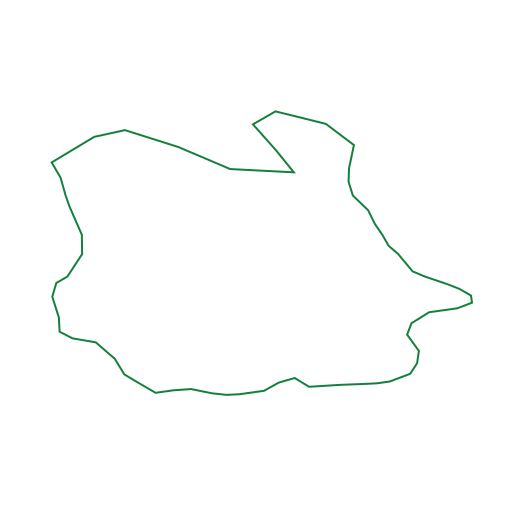 Agios Ermolaos, Cyprus, rotated 172°
{"feature_id": "46923920B200198305742", "entity_name": "Agios Ermolaos", "entity_type": "district", "adm_level": 2, "iso_a3": "CYP", "parent_name": "Cyprus", "parent_adm1": "", "projection": "albers", "projection_center": [33.172, 35.267], "detail": "fine", "context": "isolated", "style": "outline", "palette": "green", "viewbox_px": 512, "rotation_deg": 172, "n_neighbors": 0, "source": "geoboundaries", "source_scale": "gbopen_adm2", "svg_char_len": 926}
<svg xmlns="http://www.w3.org/2000/svg" viewBox="0 0 512 512"><g transform="rotate(172 256 256)"><path d="M399.6,396.5L445.3,377.1L438.6,360.7L436.2,342.9L433.8,330.9L425.5,301.2L427.9,282.1L445.6,261.9L457.5,257.1L463.4,244.0L459.8,222.6L461.0,208.3L449.2,200.0L426.7,192.8L410.1,173.8L402.9,157.1L391.1,147.6L374.5,134.5L356.7,134.5L338.9,133.3L318.8,126.2L304.6,122.6L291.5,121.4L279.7,121.4L266.7,121.4L251.3,127.4L234.7,129.8L221.6,119.1L190.8,116.7L167.1,114.3L154.1,113.1L141.0,113.1L119.7,117.9L111.4,127.4L107.9,139.3L117.3,157.1L111.4,167.8L92.4,176.2L75.9,176.2L64.0,176.2L48.6,179.7L48.6,186.9L59.3,195.2L69.9,201.2L91.2,211.9L103.1,219.0L114.9,238.1L123.2,247.6L128.0,259.5L133.9,271.4L138.6,285.7L151.7,302.4L154.0,316.7L151.7,329.8L143.6,352.2L168.4,377.1L216.6,396.5L240.7,386.8L221.4,357.8L206.9,333.6L269.5,345.7L317.7,374.7L368.3,398.9L399.6,396.5Z" fill="none" stroke="#15803d" stroke-width="2"/></g></svg>